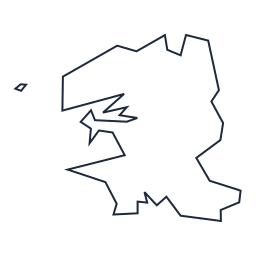 the Metropolitan department of Finistère
{"feature_id": "FRA-5292", "entity_name": "Finistère", "entity_type": "Metropolitan department", "adm_level": 1, "iso_a3": "FRA", "parent_name": "France", "parent_adm1": "", "projection": "mercator", "projection_center": [-4.177, 48.253], "detail": "coarse", "context": "isolated", "style": "outline", "palette": "slate", "viewbox_px": 256, "rotation_deg": 0, "n_neighbors": 0, "source": "natural_earth", "source_scale": "10m", "svg_char_len": 699}
<svg xmlns="http://www.w3.org/2000/svg" viewBox="0 0 256 256"><path d="M220.9,221.0L180.6,215.7L166.4,196.7L156.8,205.3L144.5,192.1L147.2,202.6L137.6,201.6L137.6,213.3L113.5,214.5L116.7,203.8L105.4,182.1L67.6,169.6L124.7,155.2L112.6,132.5L98.9,130.5L89.6,143.2L90.9,128.6L80.7,121.9L91.0,110.3L95.0,120.2L126.8,121.7L137.3,118.0L119.6,115.2L126.8,107.2L103.0,112.6L124.1,93.9L62.4,110.6L62.9,76.6L117.2,45.7L136.5,51.3L164.9,35.1L167.3,49.8L180.6,55.3L186.0,35.0L208.2,40.6L218.9,90.1L211.4,101.5L223.1,123.0L220.4,140.0L196.3,157.9L209.7,180.8L240.6,190.6L239.2,202.3L220.7,210.0L220.9,221.0ZM26.0,84.7L21.1,90.8L15.4,88.7L20.7,84.3L26.0,84.7Z" fill="none" stroke="#1e293b" stroke-width="2"/></svg>